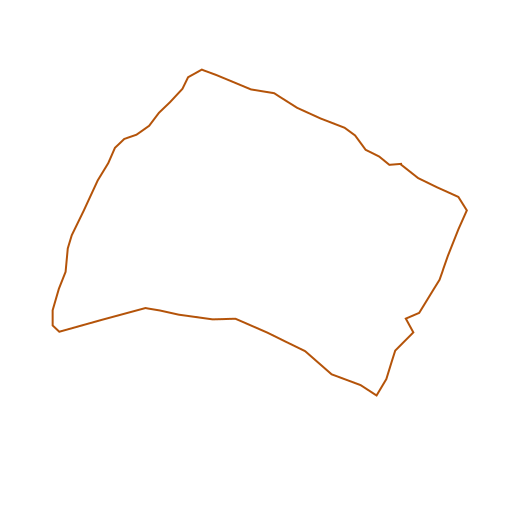 Gbeapo, River Gee, Liberia (Mercator projection), rotated 26°
{"feature_id": "62588387B88320605520745", "entity_name": "Gbeapo", "entity_type": "district", "adm_level": 2, "iso_a3": "LBR", "parent_name": "Liberia", "parent_adm1": "River Gee", "projection": "mercator", "projection_center": [-7.976, 5.249], "detail": "fine", "context": "isolated", "style": "outline", "palette": "amber", "viewbox_px": 512, "rotation_deg": 26, "n_neighbors": 0, "source": "geoboundaries", "source_scale": "gbopen_adm2", "svg_char_len": 1014}
<svg xmlns="http://www.w3.org/2000/svg" viewBox="0 0 512 512"><g transform="rotate(26 256 256)"><path d="M127.5,112.1L125.6,112.2L116.6,125.1L116.6,138.0L111.3,155.4L106.0,169.8L103.4,183.1L102.9,185.8L95.4,199.4L86.3,208.5L84.7,212.9L81.8,220.6L82.5,237.3L80.6,257.4L80.7,261.6L81.0,276.8L81.3,290.8L81.3,316.0L81.3,318.1L83.5,331.7L91.8,353.7L93.2,371.9L97.0,393.9L103.7,407.6L112.4,410.3L144.8,381.5L179.5,351.2L182.1,350.5L193.5,347.1L212.3,342.6L244.7,332.0L253.8,327.3L260.0,324.0L265.1,321.4L299.7,319.9L320.2,320.0L341.9,320.0L375.8,329.2L406.7,326.2L423.6,328.3L425.5,328.5L427.1,309.5L424.2,290.9L422.6,280.0L430.9,255.7L418.1,246.6L427.6,235.6L428.6,225.4L430.3,207.6L431.4,196.9L430.4,188.2L430.0,185.5L428.4,171.9L426.2,143.1L425.5,122.6L412.0,114.2L388.6,114.9L367.5,114.9L346.4,110.3L346.0,109.6L335.9,115.6L323.1,112.6L308.0,112.5L292.2,104.2L279.4,101.9L253.8,104.1L228.1,104.8L207.4,102.5L201.0,101.7L178.4,108.5L141.5,110.7L127.5,112.1Z" fill="none" stroke="#b45309" stroke-width="2"/></g></svg>